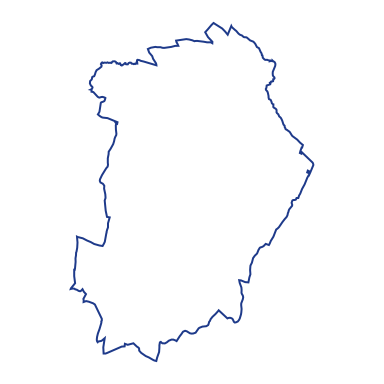 Candelaria, Atlántico, Colombia (orthographic projection)
{"feature_id": "7082276B28023975209321", "entity_name": "Candelaria", "entity_type": "district", "adm_level": 2, "iso_a3": "COL", "parent_name": "Colombia", "parent_adm1": "Atlántico", "projection": "orthographic", "projection_center": [-74.882, 10.487], "detail": "fine", "context": "isolated", "style": "outline", "palette": "blue", "viewbox_px": 384, "rotation_deg": 0, "n_neighbors": 0, "source": "geoboundaries", "source_scale": "gbopen_adm2", "svg_char_len": 5817}
<svg xmlns="http://www.w3.org/2000/svg" viewBox="0 0 384 384"><path d="M307.3,177.7L308.6,175.4L308.9,175.5L309.8,173.5L307.2,172.4L307.8,170.6L310.5,171.9L313.3,165.2L313.3,164.3L312.7,162.7L301.9,152.3L301.4,153.7L299.9,153.0L300.4,151.0L301.6,147.6L302.1,147.6L302.9,145.0L300.1,142.7L297.2,139.6L292.6,136.2L292.0,135.6L289.9,132.2L289.2,131.5L288.0,130.7L287.3,130.1L286.1,129.5L285.4,128.8L285.3,128.1L284.7,127.1L284.6,125.7L283.5,124.6L282.2,120.6L281.4,118.9L280.7,117.7L279.2,116.4L278.3,114.3L276.9,113.0L276.5,112.2L276.6,110.9L276.4,109.5L275.4,108.5L274.5,108.1L273.4,107.2L273.3,106.7L273.4,104.4L273.0,104.3L271.9,103.3L271.4,101.5L270.6,99.8L269.0,99.1L268.6,97.7L268.5,95.8L267.9,93.0L267.4,91.5L266.0,89.9L265.8,89.0L266.4,87.8L266.7,85.5L270.2,84.3L270.2,83.9L269.9,82.8L270.7,82.6L270.6,82.2L271.2,81.5L271.7,81.4L272.3,81.5L273.1,81.2L273.2,80.7L273.2,79.3L273.8,79.2L274.5,78.4L274.4,77.4L273.4,76.4L272.8,75.2L272.7,73.2L272.8,71.8L275.2,65.9L275.4,64.5L275.3,63.4L274.6,62.1L272.8,60.9L272.2,60.3L272.0,61.1L271.2,60.9L270.0,61.2L270.2,60.6L270.0,60.4L269.5,60.7L267.1,59.8L265.7,59.9L264.8,59.7L264.0,59.0L262.8,57.7L262.5,55.7L262.4,55.4L261.9,55.2L261.7,54.0L261.4,53.1L260.6,51.9L259.0,48.2L256.9,47.0L255.3,43.9L254.0,42.3L253.2,41.6L250.1,40.4L246.9,37.6L246.2,37.3L244.2,37.2L243.5,36.9L242.0,35.5L239.9,34.7L238.5,33.6L236.3,31.0L234.7,29.7L232.4,27.6L231.7,26.9L231.3,26.0L227.7,34.7L225.1,31.5L222.2,28.5L213.5,23.0L211.4,25.1L207.5,29.7L205.2,32.2L208.0,37.1L212.4,41.8L212.3,43.2L210.9,42.4L210.2,42.3L206.9,42.3L203.6,41.7L197.1,40.9L195.2,41.0L194.5,41.2L192.3,40.3L189.2,39.5L186.3,39.1L176.1,40.6L176.5,42.2L177.4,43.7L178.3,45.8L175.1,45.9L171.3,46.9L164.2,47.9L162.4,47.8L160.5,47.2L157.2,47.2L155.4,46.9L150.9,47.7L147.9,49.0L149.2,52.6L152.2,56.1L153.1,58.8L156.0,63.3L156.3,64.4L156.4,65.3L143.6,61.5L140.6,60.8L139.6,60.2L137.6,59.8L137.1,60.1L137.0,60.7L137.3,63.6L136.8,63.6L136.3,62.9L136.0,63.6L135.0,64.1L134.6,64.0L134.5,63.8L133.4,64.1L132.8,63.7L131.7,63.7L130.9,62.7L129.7,62.6L128.6,63.1L127.8,64.3L126.5,64.3L125.9,64.2L125.6,63.9L125.5,63.1L125.1,63.0L123.3,64.6L122.7,64.9L122.2,65.0L121.8,65.5L120.8,65.1L120.5,64.5L120.2,63.4L119.6,63.3L118.8,63.9L118.5,63.9L117.5,63.1L116.8,63.5L116.6,63.5L116.0,62.1L115.4,61.6L114.5,61.3L112.8,61.4L111.8,62.3L111.7,62.7L111.2,63.0L110.4,62.7L108.6,62.9L107.5,62.4L106.5,62.8L104.5,62.6L103.1,63.1L102.6,62.5L102.2,62.4L101.4,63.1L100.9,64.1L101.6,65.4L101.4,66.7L99.1,68.6L96.6,70.2L95.6,72.2L95.0,74.3L94.2,76.2L92.7,76.7L92.2,77.1L91.9,78.9L91.6,79.6L90.1,81.1L89.9,83.4L90.5,84.8L91.3,86.0L91.9,86.4L92.5,87.2L92.5,87.7L92.0,88.6L91.5,89.2L90.7,89.6L91.6,89.8L91.5,91.7L93.4,92.1L97.7,96.8L98.7,97.4L99.5,97.6L101.4,97.0L102.6,96.9L104.8,97.6L105.4,98.0L104.9,99.9L104.3,101.1L103.1,101.7L101.3,102.3L100.8,102.9L99.5,111.5L99.2,112.3L97.9,114.4L99.6,115.9L101.6,117.2L102.9,117.6L107.5,118.1L117.5,122.2L117.2,123.6L116.7,123.2L116.6,123.6L116.1,123.4L116.3,123.7L115.8,125.2L115.9,129.4L116.4,133.8L116.2,135.2L115.4,136.6L114.6,138.6L114.1,141.2L113.2,144.1L110.6,148.8L108.7,151.7L108.6,154.1L107.8,158.3L107.8,162.7L108.0,164.8L107.6,166.7L106.5,167.9L105.5,169.4L102.0,175.1L100.0,179.3L99.8,180.6L99.9,181.2L100.5,182.5L102.8,183.7L103.6,184.7L104.3,185.8L104.1,188.6L105.3,194.3L105.5,197.1L105.5,198.1L104.7,200.5L105.7,210.7L107.0,216.9L109.7,217.4L108.0,223.3L108.0,227.4L107.1,229.8L106.5,232.2L106.6,232.6L106.3,233.5L104.8,241.8L103.9,243.7L102.6,246.0L99.5,245.5L94.2,244.0L90.8,242.1L87.0,240.5L82.8,238.3L77.6,237.0L77.0,236.7L77.5,242.5L77.2,247.8L76.5,251.7L76.1,252.6L76.0,255.3L75.5,258.3L75.6,261.9L75.0,268.5L74.7,269.9L74.2,269.8L74.2,276.2L75.1,283.2L70.9,288.4L70.7,289.0L72.2,288.6L74.0,288.6L74.6,288.8L75.1,289.3L76.7,289.7L78.7,290.9L79.8,291.2L80.4,291.2L81.1,290.7L82.5,289.2L83.8,291.7L86.0,294.1L83.4,298.9L83.7,300.4L83.6,302.0L86.1,301.1L88.8,301.7L93.1,303.3L94.9,304.5L101.8,318.8L101.8,320.7L101.3,321.3L101.4,322.5L101.1,323.7L99.5,329.1L97.9,333.5L97.1,336.8L96.8,339.3L96.9,340.6L97.2,341.6L97.7,342.2L98.2,341.5L101.0,341.0L102.0,340.5L104.7,338.2L103.3,347.3L103.6,353.5L105.7,353.5L107.5,352.8L121.7,346.6L124.6,346.4L124.9,343.8L127.7,344.8L133.4,343.3L136.9,346.6L138.0,347.3L138.9,348.1L139.2,349.1L139.1,350.1L139.4,350.9L141.2,352.9L145.8,356.1L148.8,357.4L152.9,359.8L154.3,360.5L156.3,361.0L157.1,357.7L159.1,352.0L159.4,347.5L159.4,345.2L159.9,342.4L160.8,341.9L161.8,342.9L162.5,343.3L164.9,343.4L166.9,342.3L168.8,340.7L171.5,339.6L173.3,339.6L175.4,340.4L176.6,341.1L179.6,336.4L181.4,334.1L182.8,332.0L183.2,331.6L185.1,330.8L186.8,331.3L190.0,333.3L191.6,333.6L193.2,333.5L195.6,332.7L198.6,328.4L199.4,327.8L202.4,326.6L206.3,326.2L208.1,325.1L208.4,324.6L209.2,321.7L209.9,321.0L210.6,319.2L212.5,316.8L215.5,314.0L218.2,311.0L218.7,310.3L227.4,318.4L228.3,318.0L229.4,317.8L230.6,317.9L231.8,318.4L232.5,318.9L233.4,320.6L233.8,321.7L234.7,322.5L235.8,322.4L237.8,321.5L239.1,319.8L239.8,318.4L241.0,314.4L241.3,312.5L241.6,309.0L241.2,305.4L241.2,303.9L241.3,303.2L242.8,299.3L243.2,297.2L242.8,295.5L242.0,294.2L241.5,292.9L241.6,290.0L241.4,287.5L239.7,282.9L239.2,280.2L241.0,280.4L245.1,282.1L248.4,282.4L249.4,277.3L250.4,274.3L250.1,270.0L250.4,266.1L250.5,265.5L251.9,262.7L253.1,258.1L254.8,255.7L256.8,253.8L257.2,253.2L258.5,249.9L259.8,247.8L260.4,247.4L261.7,247.1L263.5,246.2L265.7,243.9L268.9,245.0L269.7,243.6L270.8,240.9L273.4,236.7L276.2,229.5L277.6,228.5L279.0,227.1L282.4,222.1L284.7,219.1L286.5,217.1L287.0,216.2L287.5,215.1L287.9,213.1L288.4,212.0L288.8,210.3L289.2,209.4L292.1,205.8L292.2,204.7L291.6,202.8L292.3,200.7L292.6,200.3L293.6,200.0L294.5,200.0L295.7,199.7L296.4,198.6L296.4,198.2L296.6,198.0L298.3,198.0L299.1,195.5L300.2,193.7L302.1,188.9L304.6,184.4L307.3,177.7Z" fill="none" stroke="#1e3a8a" stroke-width="2"/></svg>